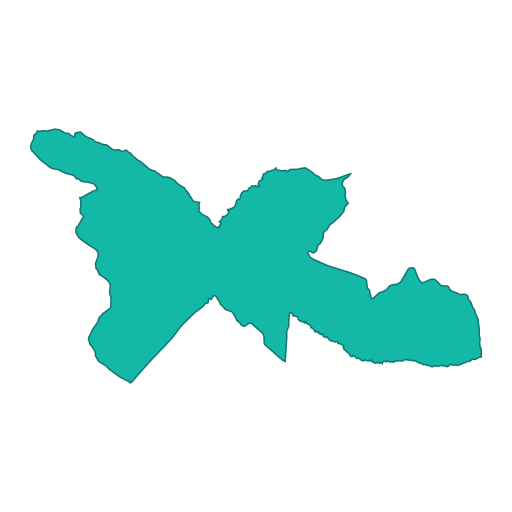 the district of Businga, Équateur, Democratic Republic of the Congo
{"feature_id": "63176286B10859728267394", "entity_name": "Businga", "entity_type": "district", "adm_level": 2, "iso_a3": "COD", "parent_name": "Democratic Republic of the Congo", "parent_adm1": "Équateur", "projection": "orthographic", "projection_center": [21.02, 3.443], "detail": "fine", "context": "isolated", "style": "filled", "palette": "teal", "viewbox_px": 512, "rotation_deg": 0, "n_neighbors": 0, "source": "geoboundaries", "source_scale": "gbopen_adm2", "svg_char_len": 6036}
<svg xmlns="http://www.w3.org/2000/svg" viewBox="0 0 512 512"><path d="M37.1,131.4L36.3,133.5L34.6,134.4L33.8,135.5L33.4,139.7L31.4,143.4L30.7,147.2L31.1,149.2L31.9,150.6L40.4,159.8L49.5,167.0L52.6,168.7L57.7,169.4L65.1,173.1L73.5,175.3L74.7,176.2L75.9,178.4L76.8,178.9L78.4,178.8L80.8,180.9L83.0,181.7L87.2,182.0L93.1,183.6L94.3,184.3L96.5,187.1L97.4,189.5L92.2,191.5L81.9,197.4L79.8,197.7L81.0,201.8L80.6,204.5L81.1,206.3L80.0,209.2L80.4,213.1L83.6,216.2L78.6,225.0L76.4,227.5L75.8,230.9L75.9,232.0L76.8,234.4L78.9,237.5L81.3,239.8L89.8,245.8L95.5,249.2L97.8,252.0L98.2,253.3L98.2,256.3L95.7,262.8L95.5,264.4L96.0,268.2L97.7,270.3L99.2,274.3L103.7,277.2L108.4,281.1L110.1,284.3L110.3,286.0L109.5,292.7L111.0,297.8L110.9,305.8L110.7,307.5L109.3,308.9L103.3,313.2L99.4,317.4L98.8,318.4L98.0,321.8L93.2,328.6L89.2,336.5L88.5,338.6L88.6,340.1L89.5,341.7L89.6,343.7L92.7,347.5L94.6,350.9L95.6,354.1L95.3,355.5L98.1,360.6L99.9,362.2L106.1,365.9L108.9,369.0L118.6,376.1L121.3,377.8L128.4,381.3L130.5,382.9L133.0,380.8L136.3,376.7L151.9,359.2L164.7,346.0L173.1,336.8L180.5,326.9L184.0,323.1L195.0,312.4L201.5,307.7L203.6,305.7L205.0,303.8L207.6,303.0L208.2,302.5L208.3,300.1L208.9,298.4L209.4,298.3L210.7,299.6L211.4,299.2L212.3,297.3L213.9,295.7L215.0,295.7L216.2,296.5L217.4,298.3L217.5,299.3L219.1,300.9L220.5,304.5L222.8,306.3L225.1,309.3L232.0,311.9L232.9,312.8L233.5,314.4L234.7,315.7L236.7,320.3L240.2,323.3L241.4,325.2L243.9,326.2L244.7,326.2L248.6,323.4L251.3,323.3L262.1,332.8L263.4,334.3L264.0,336.7L264.2,343.0L264.7,344.5L282.0,359.7L284.7,361.5L285.2,361.4L285.3,360.2L286.7,338.1L286.7,331.3L288.7,326.3L289.0,317.3L289.9,312.7L292.1,313.0L293.0,315.5L294.1,316.2L295.3,316.1L297.5,316.8L298.2,318.1L298.2,319.4L300.3,321.2L304.0,322.1L304.8,323.0L305.3,321.7L306.0,321.8L306.8,323.5L308.9,324.3L310.8,326.0L310.9,327.8L312.0,327.7L314.0,329.7L315.0,332.0L315.7,331.9L316.6,331.1L317.2,331.7L317.9,331.4L318.0,332.8L319.1,332.9L320.3,334.3L321.8,334.5L322.1,333.9L322.9,334.3L323.2,336.2L323.6,336.6L325.8,337.4L326.6,336.9L327.3,337.1L328.1,338.4L330.0,340.5L335.1,342.0L336.6,341.4L337.7,341.9L338.0,343.6L340.0,343.6L343.4,345.6L343.3,347.3L344.3,349.9L345.0,349.9L346.3,351.2L346.6,352.0L347.9,352.1L350.8,356.4L351.7,356.6L352.5,356.4L353.0,355.4L353.7,355.4L354.3,356.4L355.1,356.6L356.6,358.5L359.0,358.3L361.5,360.4L363.4,360.8L365.3,359.9L368.0,361.1L369.4,360.3L370.5,361.0L371.0,360.1L371.5,359.9L372.6,362.1L374.5,362.6L375.2,363.3L378.5,362.4L379.0,362.5L379.4,363.4L379.9,363.4L380.1,362.6L381.1,362.5L382.3,363.6L382.7,362.2L383.6,361.4L385.0,361.2L386.3,361.9L387.6,360.8L389.7,361.9L391.5,362.0L392.1,361.6L393.6,362.3L395.1,360.9L396.7,361.1L398.1,360.7L401.9,361.0L406.3,359.3L406.9,359.8L413.5,360.8L414.1,360.2L419.3,363.1L421.0,363.3L422.8,364.6L425.7,364.6L426.6,365.2L428.7,365.4L432.1,366.9L435.3,365.7L437.7,366.3L440.9,365.4L445.4,366.1L447.0,366.7L448.6,366.1L450.6,364.2L453.8,365.3L455.7,364.8L456.9,365.3L458.2,365.3L463.8,363.0L465.4,362.7L466.6,361.8L468.0,361.3L469.9,361.4L471.7,359.7L473.2,359.2L475.3,359.4L479.7,357.0L481.3,357.0L481.2,350.1L481.0,348.6L479.9,345.9L479.6,342.9L480.1,338.9L479.3,335.3L479.2,329.1L478.9,325.7L478.2,322.7L478.1,319.6L477.5,317.6L476.1,315.1L474.1,309.1L472.8,307.6L470.8,302.3L468.5,299.5L467.9,296.1L466.0,294.6L464.5,294.1L460.9,294.6L458.9,294.2L457.0,292.9L451.9,291.2L450.3,290.0L448.1,286.4L446.8,286.0L443.3,286.0L440.9,285.4L435.2,279.6L433.4,279.2L431.5,279.3L428.6,280.2L424.6,282.2L423.2,282.7L421.5,282.5L420.2,281.4L417.7,277.1L414.6,269.0L413.7,268.0L411.5,267.8L409.1,268.3L408.1,269.3L401.1,281.4L399.5,282.9L396.7,284.2L391.5,285.0L390.0,285.7L388.8,286.6L387.3,289.0L386.4,289.7L384.0,291.1L378.9,293.0L374.0,297.7L372.0,298.7L371.2,298.5L369.5,290.5L367.3,287.8L366.5,280.6L366.1,279.6L364.1,278.2L350.2,272.7L328.0,265.8L313.2,259.3L309.7,256.8L309.2,255.2L307.8,253.4L307.6,252.2L308.6,251.5L310.6,251.4L312.5,252.8L313.3,252.9L314.1,252.7L316.3,251.0L318.1,245.2L319.1,244.2L320.2,243.6L322.8,239.0L323.6,232.3L327.1,229.3L329.9,224.7L332.5,223.0L340.7,215.5L342.0,213.3L343.7,211.7L344.9,206.8L348.2,203.4L346.1,200.0L345.1,196.0L345.5,192.4L344.7,188.1L342.6,186.1L342.2,183.4L343.7,179.9L348.1,176.9L349.9,174.5L351.3,173.4L337.0,178.5L328.5,180.0L322.7,180.2L317.9,176.0L316.8,175.9L314.6,174.6L312.0,172.1L305.2,167.8L299.8,168.6L298.9,169.2L290.1,169.5L287.6,171.5L285.6,170.4L282.7,170.8L278.6,170.4L276.0,169.3L275.8,168.1L273.9,170.0L271.6,170.4L269.0,171.7L267.5,171.2L265.4,173.5L264.0,173.7L263.2,174.4L262.7,176.8L261.8,177.8L263.0,179.0L262.4,179.7L261.1,179.9L260.4,180.6L259.2,181.0L258.1,184.5L259.8,186.1L259.0,186.7L257.2,186.6L255.9,185.6L255.0,185.7L254.0,186.6L252.9,185.9L251.5,186.0L250.2,188.0L249.0,188.1L248.4,188.7L247.9,190.4L247.2,191.2L244.6,190.8L243.8,191.0L241.8,192.9L240.2,196.0L240.5,197.4L240.1,198.5L238.2,199.1L236.7,200.4L235.8,204.1L234.5,206.9L231.5,208.6L230.5,208.5L229.6,209.9L228.2,209.3L227.5,209.8L228.5,211.0L228.6,212.3L228.2,214.0L225.1,216.2L222.9,216.5L222.4,217.1L222.2,218.9L219.4,221.7L219.5,222.2L221.1,223.2L221.1,223.9L219.2,225.9L219.3,227.3L217.3,227.6L213.9,225.6L212.4,223.9L210.9,222.9L210.0,220.0L208.5,218.0L207.2,216.9L202.0,214.3L198.6,210.9L199.4,208.7L198.9,204.7L199.6,202.5L194.7,201.6L192.9,200.8L191.0,197.3L189.5,196.1L189.3,194.5L187.1,191.4L185.9,190.4L184.5,187.9L179.8,185.3L176.9,183.0L174.9,180.6L170.0,177.7L167.0,177.0L163.0,177.0L158.2,173.4L156.7,172.7L154.7,170.8L153.0,170.7L148.9,168.8L143.2,163.7L139.6,161.0L137.8,160.2L132.2,155.4L130.5,153.1L129.0,152.6L126.4,150.2L125.3,150.2L122.9,151.7L118.4,149.7L114.0,150.1L110.7,148.2L108.5,146.2L106.3,144.8L102.3,144.4L99.9,143.0L96.0,142.0L94.2,141.0L92.8,139.4L86.4,136.9L80.3,131.9L77.6,132.6L76.2,132.5L75.0,133.6L74.7,136.6L73.6,137.0L72.4,136.0L71.5,135.9L68.8,133.4L65.0,133.1L60.4,130.2L58.6,129.6L54.6,129.1L53.4,129.7L51.8,129.7L50.1,130.7L48.3,130.5L47.3,131.5L45.9,130.9L42.2,130.7L40.3,131.4L38.7,131.5L37.8,130.7L37.1,131.4Z" fill="#14b8a6" stroke="#0f766e" stroke-width="1.5"/></svg>